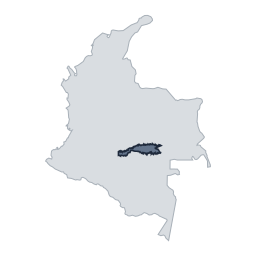 location of San José Del Guaviare, Guaviare, Colombia
{"feature_id": "7082276B34884302801431", "entity_name": "San José Del Guaviare", "entity_type": "district", "adm_level": 2, "iso_a3": "COL", "parent_name": "Colombia", "parent_adm1": "Guaviare", "projection": "albers", "projection_center": [-71.872, 2.469], "detail": "fine", "context": "in_parent", "style": "filled", "palette": "slate", "viewbox_px": 256, "rotation_deg": 0, "n_neighbors": 0, "source": "geoboundaries", "source_scale": "gbopen_adm2", "svg_char_len": 8882}
<svg xmlns="http://www.w3.org/2000/svg" viewBox="0 0 256 256"><path d="M150.0,23.0L147.1,24.2L141.5,25.6L137.6,31.9L134.9,33.0L131.6,36.8L129.2,41.4L127.3,50.8L122.5,58.9L122.9,59.2L124.8,58.9L126.6,58.0L127.3,58.2L128.0,59.7L130.2,60.0L131.9,66.5L135.3,69.8L135.6,71.1L136.1,73.8L134.9,75.4L134.5,81.4L135.6,82.9L138.1,83.5L139.8,87.2L140.8,88.1L142.3,88.6L146.0,88.1L152.7,88.7L154.2,88.6L157.9,87.3L162.7,88.9L166.1,89.1L175.7,100.3L176.6,100.0L177.8,100.7L180.2,99.5L182.3,99.3L185.0,99.9L188.6,99.9L195.8,98.7L196.8,98.0L200.8,98.7L201.9,99.5L202.5,101.6L202.0,102.9L200.7,104.2L199.9,105.9L199.8,107.9L199.1,109.4L197.8,110.4L197.3,111.8L197.6,113.7L197.0,122.2L197.5,122.9L198.0,126.4L199.6,130.9L200.4,132.2L201.8,133.2L204.4,137.0L203.8,138.2L197.3,144.1L197.0,145.4L198.2,144.9L200.3,145.4L200.9,146.8L205.8,150.9L205.7,152.4L207.1,155.5L206.9,156.2L210.3,164.9L210.4,166.7L207.6,167.2L207.5,161.4L207.1,160.2L203.9,155.0L203.2,154.6L201.1,155.2L197.6,159.0L196.0,159.6L194.7,159.1L193.4,156.8L192.5,156.4L191.7,158.3L192.7,160.0L177.2,160.0L174.2,159.3L170.1,160.2L170.0,169.0L177.4,169.1L179.4,171.7L179.2,173.7L179.5,174.4L177.8,174.9L175.2,173.5L170.7,175.2L167.3,175.6L167.1,185.3L169.1,187.7L173.0,190.3L173.6,192.0L173.3,193.7L174.3,195.8L175.6,196.9L175.6,198.2L176.2,199.6L168.6,240.6L165.9,238.1L164.9,235.9L163.5,235.0L160.9,235.7L158.1,234.5L167.1,220.6L166.8,219.4L159.3,216.0L158.5,215.1L154.9,213.3L152.9,213.8L151.8,214.7L149.1,215.0L146.9,213.5L144.2,212.6L141.1,214.9L140.1,214.9L137.9,215.9L135.5,216.3L132.4,215.2L129.8,216.0L128.1,215.8L127.4,215.1L125.2,214.2L124.9,213.3L125.5,211.6L124.6,208.2L124.2,207.6L122.5,207.6L120.5,206.3L120.1,205.6L120.6,204.2L120.2,203.0L118.2,200.3L115.5,199.6L112.9,197.3L110.3,196.5L109.1,194.9L108.0,191.2L105.3,188.4L103.4,187.4L102.8,186.1L100.9,185.9L98.3,184.0L97.1,183.9L96.3,184.8L93.8,183.9L91.8,182.5L89.6,182.1L88.2,181.3L85.6,178.6L82.9,177.3L81.3,177.8L80.8,179.8L79.8,180.1L76.7,179.6L76.1,180.0L75.3,179.9L71.4,178.4L67.6,177.9L66.7,174.6L64.2,173.4L63.5,171.9L61.8,172.0L55.2,169.0L52.5,166.9L50.2,165.7L47.8,163.4L47.4,162.5L45.6,161.1L46.5,159.4L48.8,158.1L51.7,159.1L52.1,157.1L51.0,155.3L51.5,151.2L52.3,150.3L53.9,149.5L54.9,149.8L55.6,149.1L57.9,149.4L58.7,149.2L60.5,147.5L61.3,146.2L62.1,146.4L64.1,144.2L63.8,142.0L65.6,141.5L67.5,137.9L68.3,137.8L68.8,136.1L72.2,130.2L70.9,130.9L69.6,130.4L69.9,128.4L69.5,128.2L68.4,129.7L67.4,128.2L67.7,125.6L66.2,126.1L66.2,125.5L68.5,123.6L69.4,119.2L68.7,117.6L68.2,111.0L67.9,109.8L66.1,108.1L68.9,106.3L69.9,104.9L68.7,101.9L67.0,99.5L67.0,98.0L68.0,98.1L68.4,94.1L67.4,92.5L66.3,92.5L62.6,86.4L61.2,85.2L62.2,82.3L63.4,81.0L63.2,78.9L63.9,79.0L65.5,81.0L66.2,80.7L68.7,78.8L68.8,77.0L70.8,75.2L68.0,69.0L67.0,68.1L68.2,66.1L68.9,66.2L70.0,68.1L71.7,69.4L74.3,72.9L75.5,73.6L74.6,74.4L74.5,75.2L74.8,75.7L76.3,75.8L76.9,74.8L76.5,70.6L75.9,68.6L74.6,67.1L75.0,66.5L77.7,65.5L83.3,61.5L85.2,57.8L86.6,56.4L88.3,55.6L90.3,55.8L91.9,55.3L92.4,54.1L91.3,51.6L92.5,48.0L92.5,46.2L93.3,45.2L93.0,44.7L91.0,46.0L93.1,43.5L94.5,39.7L102.6,33.0L107.9,34.7L109.5,34.6L107.4,35.4L107.0,36.4L107.8,37.4L108.6,37.7L109.3,37.0L111.0,33.1L111.3,31.0L112.1,30.2L113.2,30.0L118.3,30.9L123.2,30.6L131.2,25.0L137.2,22.6L138.7,20.3L139.1,18.6L140.2,18.0L141.3,18.0L142.0,17.0L144.7,15.5L147.7,15.4L150.8,16.7L152.3,18.9L152.5,20.5L150.0,23.0ZM58.0,148.7L57.7,149.0L57.0,148.5L56.7,147.8L57.2,147.3L57.7,147.5L58.0,148.7Z" fill="#d9dde1" stroke="#a8b0b8" stroke-width="1"/><path d="M153.4,144.3L153.0,144.5L152.6,144.0L152.6,144.3L152.3,144.5L151.9,144.0L151.5,144.3L151.4,144.6L151.1,144.6L151.0,144.3L150.9,144.3L150.6,144.5L150.4,144.4L150.3,143.8L150.0,143.8L149.9,143.9L150.0,144.2L149.8,144.6L149.6,144.6L149.6,144.3L149.4,144.2L149.2,144.3L149.3,144.5L149.1,144.8L148.2,144.1L148.2,144.6L147.9,144.7L147.4,144.4L147.0,144.6L146.5,144.5L146.6,144.8L146.2,144.8L145.9,144.9L145.8,145.1L145.6,145.2L145.3,145.1L145.5,144.6L145.2,144.5L145.2,144.8L144.6,144.6L144.4,144.3L144.1,144.1L144.2,144.7L143.9,145.2L143.7,145.1L143.8,144.5L143.3,144.4L142.9,144.5L143.3,144.5L143.2,144.9L142.8,144.9L142.1,145.1L141.5,145.0L141.1,145.4L141.0,145.1L140.8,145.0L140.2,145.2L139.8,145.1L139.5,144.9L139.4,144.4L139.2,144.3L138.9,144.6L138.3,144.4L138.1,144.6L138.1,144.9L138.1,145.3L138.4,145.6L138.3,145.8L138.0,145.8L137.5,145.2L137.4,145.1L137.2,145.3L137.3,145.6L137.1,145.8L136.9,145.8L136.6,145.5L136.3,145.5L136.0,145.7L135.7,146.2L135.4,146.4L135.0,146.3L134.5,146.3L134.6,146.8L134.0,146.9L133.6,146.8L133.6,147.0L133.2,147.0L133.2,147.3L133.4,147.3L133.4,147.5L132.9,147.6L133.0,148.3L132.9,148.4L132.7,147.9L132.1,148.1L132.2,148.4L132.0,148.5L131.9,148.5L131.9,148.0L131.7,147.9L131.4,147.9L131.1,148.4L130.9,148.6L130.6,148.5L130.2,148.3L130.1,148.0L129.8,148.0L129.1,148.4L128.7,148.7L128.4,148.7L128.4,149.0L128.0,149.2L127.9,149.4L128.0,149.6L128.3,149.8L128.2,150.0L127.8,149.8L127.7,150.0L127.8,150.2L127.5,150.2L126.9,150.7L126.7,150.3L126.6,150.5L126.4,150.5L125.8,151.1L125.7,150.8L125.6,150.7L125.4,150.9L125.6,151.0L125.1,151.3L125.1,150.9L124.9,150.9L124.6,151.1L124.4,151.0L124.5,150.9L124.4,150.8L124.3,151.0L123.7,151.1L123.8,151.2L124.1,151.2L124.0,151.6L123.7,151.4L123.3,151.7L123.0,151.4L122.9,151.4L122.8,151.5L122.8,151.8L122.5,151.9L122.4,151.8L122.7,151.5L122.5,151.3L122.3,151.4L122.2,151.9L122.0,151.5L121.7,151.4L121.6,151.5L121.6,151.8L121.4,151.9L121.4,151.7L121.5,151.4L121.3,151.0L121.2,151.1L121.3,151.5L121.2,151.7L120.9,151.4L120.5,151.4L120.5,151.7L120.4,151.8L120.3,151.7L120.2,151.0L119.6,151.5L119.4,151.4L119.4,151.0L119.0,151.2L118.7,151.4L119.0,151.7L118.7,151.9L118.8,152.3L118.6,152.4L118.4,152.3L118.4,155.4L118.7,155.3L119.2,155.4L119.7,155.4L119.7,155.7L120.2,155.7L120.2,155.9L120.5,156.1L120.5,155.8L121.0,155.6L121.3,155.3L121.5,155.4L123.0,155.5L123.1,155.8L123.4,156.0L124.2,155.6L124.4,155.7L124.8,155.6L125.0,155.3L125.1,155.2L125.3,155.3L125.3,155.7L125.6,155.7L125.8,156.0L126.6,155.6L127.1,155.1L127.0,154.7L127.5,154.2L127.4,153.9L127.8,153.6L128.0,152.9L128.7,152.8L129.0,152.4L129.5,152.5L129.9,152.6L130.1,152.3L130.1,152.0L130.3,151.8L130.4,151.0L130.6,150.5L130.8,150.4L131.1,150.5L132.3,150.5L133.1,150.7L133.2,150.8L133.3,150.7L133.5,150.8L133.6,150.7L133.8,150.9L134.3,151.0L134.5,151.2L138.1,151.3L138.1,151.5L138.4,151.5L138.7,151.7L139.5,151.6L139.6,151.8L139.8,151.7L139.9,152.0L140.0,152.1L140.1,152.5L140.3,152.4L140.2,152.3L140.5,152.2L140.7,152.5L141.0,152.5L141.3,152.9L141.7,153.4L142.2,153.5L142.5,153.4L142.8,153.6L142.8,153.4L142.6,153.2L142.8,153.0L143.1,153.2L142.9,152.5L143.0,152.5L143.2,152.8L143.3,152.8L143.7,152.5L143.6,152.2L143.9,152.6L144.4,152.8L144.7,153.1L145.0,153.0L145.5,153.1L145.5,153.5L145.8,153.8L146.2,153.6L146.1,154.0L146.3,154.1L146.1,154.2L146.3,154.4L146.4,154.2L146.4,154.4L146.6,154.4L146.6,154.6L147.0,154.7L147.1,154.4L146.8,154.3L146.8,154.2L147.0,154.1L147.1,154.4L147.2,154.2L147.2,153.8L147.1,153.7L147.0,153.3L147.2,153.1L147.3,153.2L148.3,153.4L148.6,153.2L148.8,153.3L148.9,153.2L148.9,152.9L149.1,152.8L149.1,152.6L149.4,152.5L149.5,152.4L149.8,152.7L149.9,152.3L150.1,152.1L150.5,152.0L150.7,151.8L151.1,151.6L151.3,151.9L151.2,151.9L151.2,152.1L150.9,152.5L151.3,153.0L151.0,153.2L151.3,153.5L151.3,153.9L151.5,153.6L151.4,153.4L151.5,153.4L152.1,153.7L152.0,153.8L151.8,153.7L151.8,153.9L152.2,153.9L152.3,153.7L152.1,153.5L152.2,153.4L152.1,153.2L152.3,153.2L152.6,153.5L152.9,153.4L153.1,153.3L153.3,153.6L153.3,153.4L153.4,154.1L153.6,154.0L153.6,153.8L153.8,153.6L154.0,153.9L154.0,154.0L154.3,153.8L154.0,153.6L153.9,153.4L154.3,153.1L154.2,153.4L154.6,153.5L155.2,153.4L155.4,153.7L155.7,153.7L155.7,153.9L155.8,154.0L155.9,153.7L156.0,154.0L156.5,153.9L156.5,153.5L156.9,153.4L156.7,153.7L156.8,153.8L157.1,153.7L157.3,153.6L157.6,153.5L157.9,153.5L158.0,153.6L158.2,153.4L158.1,153.1L158.3,153.2L158.3,153.3L158.5,153.1L158.5,152.9L158.8,152.9L159.3,153.0L159.2,153.1L158.9,153.0L159.1,153.2L159.9,153.0L159.8,152.6L160.0,152.5L160.2,152.9L160.4,152.9L160.5,153.0L160.7,152.7L160.6,152.4L160.2,152.3L159.5,152.0L159.4,151.6L158.8,150.6L158.8,150.3L158.5,150.1L158.4,149.9L158.1,149.7L157.9,149.4L157.8,149.0L157.6,149.0L157.2,149.2L156.8,149.1L156.6,148.7L156.4,148.6L155.9,148.7L155.6,148.7L155.4,148.5L155.2,148.1L161.2,145.6L160.0,144.9L159.9,144.9L159.8,145.4L159.6,145.5L159.4,145.3L159.4,144.8L159.0,144.7L159.0,144.8L159.3,145.1L159.3,145.4L159.1,145.7L158.7,145.7L158.6,146.0L158.4,146.3L158.2,146.1L158.3,145.7L158.2,145.5L157.8,145.8L157.0,146.0L157.0,145.9L157.2,145.7L157.0,145.3L156.8,145.3L156.5,145.4L156.2,145.8L156.1,145.7L156.4,145.1L156.0,144.8L156.2,145.4L156.0,145.5L155.8,145.3L155.6,144.8L155.3,144.7L155.2,144.9L155.4,145.3L155.3,145.6L155.1,145.6L154.9,145.4L155.1,145.2L155.1,144.9L154.6,145.0L154.3,144.7L154.1,144.8L153.6,144.7L153.5,144.4L153.4,144.3Z" fill="#64748b" stroke="#1e293b" stroke-width="1.5"/></svg>